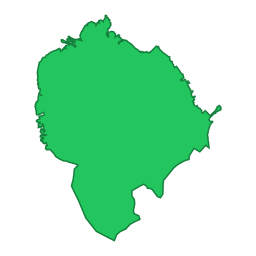 the district of Kolonia, Pohnpei, Federated States of Micronesia
{"feature_id": "79324940B53890436625634", "entity_name": "Kolonia", "entity_type": "district", "adm_level": 2, "iso_a3": "FSM", "parent_name": "Federated States of Micronesia", "parent_adm1": "Pohnpei", "projection": "albers", "projection_center": [158.208, 6.963], "detail": "fine", "context": "isolated", "style": "filled", "palette": "green", "viewbox_px": 256, "rotation_deg": 0, "n_neighbors": 0, "source": "geoboundaries", "source_scale": "gbopen_adm2", "svg_char_len": 5522}
<svg xmlns="http://www.w3.org/2000/svg" viewBox="0 0 256 256"><path d="M209.0,147.8L208.5,142.6L207.9,139.5L208.1,138.3L207.4,134.6L208.1,132.8L208.1,131.2L210.3,124.5L212.7,121.9L212.3,121.3L210.2,121.6L208.9,119.7L209.8,117.8L214.4,113.3L215.6,113.3L216.0,112.1L220.9,109.7L220.8,108.7L221.0,107.5L219.4,105.5L217.1,107.0L217.3,107.7L216.0,109.1L216.3,109.7L210.1,115.7L205.3,110.7L202.6,113.1L201.6,112.2L201.7,110.6L200.7,109.5L199.9,108.4L198.2,108.0L197.2,105.7L195.8,106.4L194.7,105.8L193.6,103.4L194.0,102.7L193.5,102.3L192.7,101.2L194.5,99.9L193.5,98.1L195.1,96.7L194.8,96.2L192.8,97.3L192.0,96.5L191.1,93.5L192.7,91.8L192.7,91.0L191.3,91.5L187.7,84.8L187.5,83.6L189.5,83.1L188.1,81.0L186.6,82.0L185.0,79.4L183.2,80.4L182.5,79.9L181.4,80.9L180.8,79.8L183.8,77.7L183.2,75.9L182.9,74.3L181.6,73.8L176.5,66.4L174.5,67.5L173.7,66.1L173.5,64.9L172.2,63.0L172.3,61.6L170.8,61.3L169.8,59.4L169.6,56.8L168.7,56.8L162.6,52.3L159.1,48.7L158.8,47.1L158.3,46.5L157.6,47.0L156.5,46.1L154.6,47.8L150.9,51.6L150.7,52.1L149.9,52.1L149.8,52.7L147.5,52.7L147.5,52.1L146.7,51.7L146.1,52.2L145.0,52.0L143.7,52.8L143.0,51.8L141.8,51.5L141.3,52.4L140.6,51.8L139.9,52.1L139.6,51.2L136.5,49.0L134.9,48.0L133.8,46.7L131.5,44.3L127.2,41.4L126.9,40.7L126.2,40.4L124.3,40.1L123.0,39.7L122.3,40.1L122.3,40.7L122.9,41.0L122.7,41.3L121.3,41.4L118.9,43.0L119.1,43.5L118.8,43.9L118.4,43.3L119.1,41.6L119.9,42.1L120.8,41.3L120.9,40.7L121.2,40.4L121.7,39.4L121.0,38.2L120.6,37.8L118.8,36.9L119.6,35.7L118.8,34.7L115.3,37.1L115.6,34.3L113.6,31.8L111.5,31.4L109.0,32.3L108.0,33.5L108.2,35.0L108.7,35.7L108.6,36.9L107.9,36.9L107.3,35.7L106.5,34.7L106.9,32.2L107.4,32.0L108.0,31.0L107.8,30.5L107.8,28.8L108.9,28.6L109.8,27.1L110.0,26.3L110.4,26.0L110.9,24.8L110.7,24.3L110.8,23.0L110.1,22.8L109.7,21.2L109.8,20.0L109.1,19.6L108.7,19.8L108.5,18.6L108.1,17.9L107.5,17.5L106.9,17.5L106.5,15.6L105.5,15.4L105.1,16.0L105.5,16.9L105.0,18.3L103.3,20.7L103.2,21.7L101.0,20.0L99.0,20.6L98.5,21.2L98.8,21.7L99.5,22.3L99.0,23.1L98.2,22.6L97.4,22.6L96.7,23.5L96.4,25.3L95.8,25.5L96.0,24.4L94.4,22.7L93.6,23.0L92.5,21.9L91.4,21.6L89.4,22.7L88.5,22.8L87.0,24.2L88.1,25.8L86.6,24.8L84.9,25.8L84.2,27.7L83.6,28.1L82.3,30.7L82.4,31.1L81.6,31.4L80.0,35.4L80.7,39.1L81.6,40.6L79.3,39.9L79.7,38.7L78.6,39.0L77.8,39.8L77.6,39.3L76.8,39.2L76.1,39.5L74.3,39.4L71.7,38.1L69.9,37.1L69.2,36.4L68.4,36.4L68.2,36.8L68.7,37.9L69.9,38.9L72.2,39.5L73.7,41.0L74.9,41.1L75.1,41.9L74.1,41.5L73.7,41.5L73.2,41.3L73.1,40.9L72.4,40.9L71.5,40.3L70.6,40.0L68.5,38.9L67.2,38.9L66.9,39.6L67.2,40.3L67.5,40.8L69.0,41.7L69.3,41.7L69.5,42.0L70.0,41.8L70.1,41.4L70.9,41.5L71.9,42.2L72.2,42.7L72.6,42.6L73.3,43.0L74.2,44.2L74.3,44.7L75.1,45.2L75.7,45.9L75.3,47.0L74.2,46.4L74.1,46.2L73.7,46.1L73.6,45.6L73.0,45.2L72.7,45.2L72.2,44.8L72.4,44.5L72.1,44.0L70.9,43.7L70.5,43.7L68.9,42.6L64.1,40.8L63.1,40.0L62.3,39.7L61.4,39.8L61.3,41.2L62.2,42.3L63.9,42.7L65.2,42.8L66.4,43.4L67.5,43.3L69.3,43.9L69.7,44.1L69.7,44.3L69.9,44.3L70.2,44.7L69.7,45.1L69.2,44.5L68.9,44.5L67.7,45.2L67.1,45.2L66.1,45.7L65.8,45.7L65.7,46.1L65.2,46.5L65.6,47.3L65.9,48.4L65.4,48.1L65.2,47.4L64.8,47.1L64.4,47.4L64.0,47.5L63.9,48.7L63.6,48.8L63.7,49.4L63.4,49.6L62.8,49.5L62.6,49.8L62.4,49.4L62.0,49.8L62.3,50.3L62.0,50.1L60.9,50.6L60.7,51.2L60.4,50.6L59.9,48.6L59.5,48.4L55.5,50.4L51.9,51.7L49.1,53.4L48.2,54.5L46.3,55.1L45.3,57.3L43.2,57.4L41.8,59.3L41.3,60.9L39.1,62.7L39.1,63.9L38.7,65.1L37.3,72.6L37.7,73.2L37.4,74.5L37.9,75.8L37.7,76.2L37.9,77.0L37.7,78.8L37.3,80.0L38.5,83.3L37.6,83.6L37.7,84.5L38.9,85.9L38.3,86.8L38.8,88.8L40.2,88.9L40.0,91.6L39.0,93.1L39.6,93.9L42.5,95.9L39.9,94.5L38.8,94.3L38.1,97.0L38.2,98.8L38.1,100.3L37.1,101.3L37.1,101.9L36.3,102.1L36.3,102.9L35.8,103.4L35.3,104.6L35.8,105.4L35.0,106.4L35.8,107.7L35.5,108.7L35.7,109.3L36.6,110.8L36.1,111.5L36.6,114.7L38.0,114.9L38.9,114.2L40.7,114.0L42.0,113.1L43.7,112.4L44.1,113.6L44.1,114.8L42.6,115.7L40.6,116.1L39.4,116.1L38.9,116.8L39.6,117.6L39.9,118.8L38.1,119.5L36.8,120.2L36.4,121.1L37.5,122.2L39.5,122.7L39.8,122.3L40.1,123.2L39.0,123.4L38.3,124.2L38.5,126.2L39.3,126.9L38.3,127.1L38.3,127.6L40.0,127.2L40.1,126.4L40.5,126.4L40.6,127.0L41.3,127.2L41.6,126.8L42.7,126.4L42.8,124.9L41.3,123.8L43.3,124.5L44.1,130.6L44.9,130.7L44.9,131.3L44.4,131.7L44.0,131.6L44.2,131.3L44.1,131.0L42.5,130.0L42.7,129.3L42.1,128.9L41.1,128.9L40.8,129.9L40.8,130.7L40.3,131.3L40.3,131.9L40.8,132.2L41.1,132.7L41.4,132.8L41.6,133.3L42.3,133.3L42.1,133.7L42.4,134.1L43.0,134.3L44.5,134.5L46.2,135.0L45.3,135.6L40.6,135.2L40.3,137.0L43.4,137.6L43.3,138.4L43.0,138.4L42.7,139.5L42.3,138.6L41.8,138.2L41.7,138.9L40.7,139.3L40.8,140.6L41.6,140.9L41.6,141.4L42.7,141.7L42.6,142.2L43.5,143.3L43.9,143.1L44.0,143.5L44.8,143.7L46.0,142.8L47.2,145.4L46.0,145.8L45.9,146.5L46.3,146.8L45.7,147.8L45.5,148.5L46.2,149.4L46.8,149.8L50.2,149.5L54.5,154.4L55.8,156.6L59.0,158.7L63.4,160.8L65.1,161.0L66.3,161.0L67.8,161.8L76.4,164.2L78.0,165.1L74.3,169.2L73.9,174.5L73.0,180.4L71.8,184.5L71.6,186.3L78.6,200.7L85.9,218.1L96.4,231.4L108.7,237.8L114.3,240.6L116.7,234.7L120.1,231.6L125.7,229.0L130.0,224.4L134.5,221.8L139.9,219.3L138.8,215.8L134.2,213.7L133.4,210.2L134.6,205.0L134.6,201.7L134.2,199.2L131.9,196.1L132.0,190.7L140.7,185.6L143.7,184.3L146.1,185.7L147.6,188.3L150.3,188.5L152.3,189.6L157.3,196.4L160.4,197.8L162.9,194.0L163.1,184.2L163.6,180.3L173.8,167.8L176.6,165.4L179.7,163.4L183.5,161.3L185.3,160.5L187.2,159.9L189.0,159.5L189.2,156.2L190.5,153.8L192.8,150.2L194.1,148.4L199.8,151.8L205.6,145.4L209.0,147.8Z" fill="#22c55e" stroke="#15803d" stroke-width="1.5"/></svg>